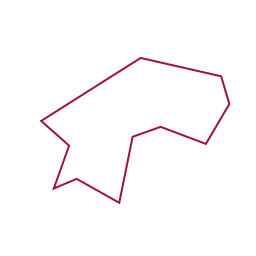 the district of Norton, Virginia, United States of America, rotated 25°
{"feature_id": "52423323B88769302498255", "entity_name": "Norton", "entity_type": "district", "adm_level": 2, "iso_a3": "USA", "parent_name": "United States of America", "parent_adm1": "Virginia", "projection": "equal_earth", "projection_center": [-82.626, 36.929], "detail": "fine", "context": "isolated", "style": "outline", "palette": "rose", "viewbox_px": 256, "rotation_deg": 25, "n_neighbors": 0, "source": "geoboundaries", "source_scale": "gbopen_adm2", "svg_char_len": 302}
<svg xmlns="http://www.w3.org/2000/svg" viewBox="0 0 256 256"><g transform="rotate(25 128 128)"><path d="M46.3,158.3L82.1,168.9L86.3,214.2L102.9,195.8L151.7,199.5L135.9,134.0L157.0,113.2L205.3,109.5L209.7,63.4L190.6,41.8L109.8,59.2L46.3,158.3Z" fill="none" stroke="#9f1239" stroke-width="2"/></g></svg>